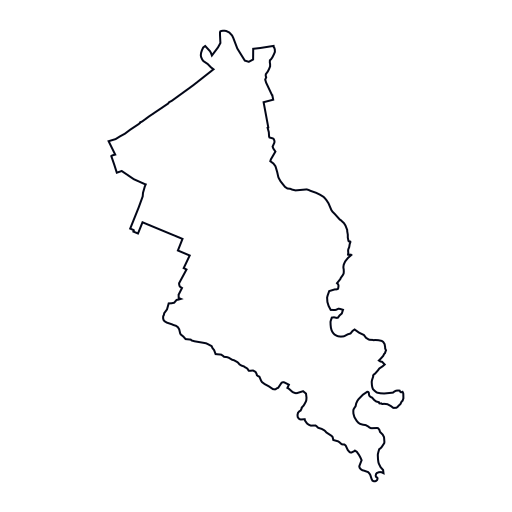 the district of Adjud, Vrancea, Romania
{"feature_id": "2599482B44927055134787", "entity_name": "Adjud", "entity_type": "district", "adm_level": 2, "iso_a3": "ROU", "parent_name": "Romania", "parent_adm1": "Vrancea", "projection": "albers", "projection_center": [27.21, 46.112], "detail": "fine", "context": "isolated", "style": "outline", "palette": "ink", "viewbox_px": 512, "rotation_deg": 0, "n_neighbors": 0, "source": "geoboundaries", "source_scale": "gbopen_adm2", "svg_char_len": 6073}
<svg xmlns="http://www.w3.org/2000/svg" viewBox="0 0 512 512"><path d="M363.9,470.6L368.1,472.1L368.5,472.5L369.6,473.8L370.3,475.0L371.6,479.0L372.5,480.7L373.6,481.2L375.0,481.3L376.1,480.9L377.1,480.0L377.5,478.8L377.5,478.1L377.1,477.5L376.4,477.2L375.9,476.6L375.7,475.6L376.1,473.9L376.9,473.0L378.9,472.2L380.4,472.1L381.4,472.2L383.5,473.2L383.1,470.0L380.6,467.2L378.8,463.6L378.4,462.2L378.0,459.3L377.8,455.0L377.9,454.0L378.4,451.9L379.2,449.2L380.5,448.3L381.7,447.0L384.2,443.2L384.4,442.0L384.1,438.0L384.0,437.1L382.7,434.6L380.0,431.9L379.4,429.9L378.2,428.3L377.2,428.0L371.8,428.2L370.7,428.1L369.3,427.4L368.4,426.6L365.7,425.1L362.9,424.7L360.1,423.9L358.4,422.8L356.7,420.9L354.5,417.3L354.1,416.1L353.4,413.5L353.3,411.0L353.5,409.5L354.3,408.1L355.6,406.2L356.2,403.4L357.4,400.8L358.6,399.1L362.9,394.7L367.2,391.8L367.7,391.8L368.2,392.0L368.6,392.4L368.8,392.9L369.0,394.7L369.3,395.6L369.8,396.3L371.1,397.2L372.1,397.6L374.2,400.0L376.2,401.5L378.9,402.2L379.3,403.3L379.8,403.5L381.4,403.4L382.1,404.0L382.9,404.0L383.9,403.8L387.4,404.2L390.8,406.0L393.3,407.9L396.2,407.8L397.4,407.1L398.6,405.7L400.4,404.1L401.6,401.6L402.6,400.7L403.4,398.3L403.3,393.7L403.1,393.0L402.5,391.8L401.1,392.3L400.3,391.8L399.6,390.6L398.0,390.5L396.1,390.7L394.4,391.5L393.0,392.6L392.2,392.7L384.2,393.5L380.6,393.3L377.4,392.7L376.6,392.4L374.5,390.7L373.0,389.2L372.7,388.5L372.2,386.9L371.9,385.0L371.7,381.9L372.0,380.1L373.2,376.5L373.1,375.7L373.6,374.7L375.1,373.6L378.0,370.3L379.3,368.5L382.6,366.3L384.7,364.5L382.1,361.8L380.4,361.5L378.9,360.5L380.5,358.9L383.2,355.9L384.1,354.0L385.0,353.1L385.3,352.1L386.0,350.3L385.2,348.6L385.1,346.9L384.6,344.1L383.2,341.9L381.7,340.9L378.4,340.2L375.0,340.0L373.7,340.2L372.4,339.9L369.8,339.8L368.7,339.5L366.0,337.8L363.9,335.0L359.1,332.7L354.6,329.5L352.6,330.9L350.5,333.5L347.8,334.3L344.4,336.1L343.4,336.4L340.8,336.6L338.2,336.3L336.6,335.7L334.5,334.5L333.2,333.1L332.2,331.6L331.5,330.0L330.9,327.7L330.6,324.8L330.5,321.8L330.8,320.6L331.8,317.6L334.0,317.3L336.6,317.9L337.9,317.7L339.6,315.4L341.8,313.5L343.0,309.8L339.9,308.9L338.5,308.7L335.8,309.9L334.3,310.0L330.7,309.9L328.6,305.9L327.4,302.0L327.1,297.6L327.6,295.6L329.2,291.1L334.8,289.4L336.4,289.4L337.8,289.0L338.2,288.2L338.5,286.0L338.4,285.1L338.0,284.2L337.0,283.2L340.3,279.1L340.8,277.9L342.8,275.1L343.6,273.6L343.8,271.9L343.7,269.3L343.4,267.8L343.4,266.8L343.7,264.8L344.3,263.3L345.2,261.4L346.6,259.6L348.1,257.8L351.3,255.0L350.9,254.7L348.9,254.7L348.1,254.8L348.0,254.7L348.3,252.8L348.1,250.8L348.3,249.3L349.2,247.1L349.7,244.1L350.4,242.0L350.3,241.6L349.8,241.4L348.7,241.3L348.4,240.6L347.8,237.6L347.8,234.7L347.2,231.1L347.2,230.0L345.5,225.6L344.0,223.2L340.5,219.9L339.9,219.7L334.7,213.9L332.5,211.7L331.4,210.1L328.5,203.3L326.4,200.1L325.1,198.5L323.6,196.9L320.0,194.7L316.1,192.8L310.4,190.8L308.7,190.0L306.7,189.4L295.6,190.4L292.1,189.6L290.3,188.8L287.4,188.5L285.0,186.9L280.6,181.4L278.8,178.2L278.3,177.0L277.2,172.1L275.7,167.0L275.3,166.0L273.4,163.5L270.3,161.2L270.9,159.3L275.4,151.6L273.3,148.5L272.6,146.6L274.3,142.8L274.5,141.9L274.4,140.8L273.8,139.2L273.3,138.7L272.8,138.4L269.5,137.5L269.1,136.6L268.8,132.1L267.6,127.8L268.3,127.5L263.6,102.2L273.2,99.7L272.3,95.2L272.0,95.1L266.1,82.6L265.2,79.6L266.2,77.3L265.7,75.8L265.8,74.2L267.8,71.5L269.1,68.9L270.1,66.4L270.1,64.1L269.8,62.3L269.9,60.3L271.1,59.2L272.4,57.3L273.9,54.3L274.9,51.9L274.8,49.4L274.3,47.8L273.8,47.3L273.6,45.9L260.3,48.0L253.2,48.8L253.1,59.5L248.8,61.8L244.8,60.6L237.3,48.5L233.3,38.0L232.1,35.5L229.3,32.5L226.2,31.0L224.3,30.7L222.2,30.8L220.4,31.3L220.0,32.2L220.0,35.0L220.4,43.0L218.0,47.4L211.9,55.5L210.9,52.8L210.0,51.2L205.2,46.0L203.2,47.5L201.9,50.3L201.1,52.8L200.8,55.2L201.1,57.0L202.2,59.5L203.4,61.1L207.7,64.0L210.9,67.3L213.5,69.3L193.3,85.2L171.8,100.8L169.0,102.3L168.2,103.5L149.2,116.3L142.4,121.3L141.2,122.0L140.4,122.1L140.1,122.4L140.1,122.9L138.5,124.2L130.2,129.7L124.9,133.7L120.1,136.3L115.6,139.1L108.6,141.2L115.2,154.6L112.3,155.4L111.3,156.1L114.3,164.8L116.8,172.7L121.7,171.0L133.8,179.2L144.5,184.0L145.7,184.4L144.8,186.5L143.0,192.8L142.7,196.4L138.7,207.4L130.2,228.6L133.7,230.1L133.8,230.3L133.4,231.6L138.0,233.5L142.5,222.3L182.5,238.9L177.9,250.5L189.7,255.5L183.7,268.1L186.5,269.5L179.1,283.2L179.1,283.6L179.2,284.7L179.6,286.1L180.0,286.7L182.0,288.0L178.6,294.7L178.7,298.0L180.8,298.9L178.1,299.7L176.6,299.9L174.2,302.7L173.9,302.8L171.3,303.3L168.7,303.4L167.0,309.4L164.2,313.2L163.9,314.9L163.2,316.2L163.1,318.1L163.5,319.9L164.5,321.2L166.8,322.6L171.9,324.3L173.4,325.0L176.0,325.8L177.9,327.2L179.2,329.3L180.2,333.5L180.8,334.5L183.4,336.6L185.6,339.1L190.7,339.6L191.7,340.5L194.6,341.3L203.4,342.8L206.1,343.3L207.8,344.1L211.6,346.1L212.5,348.1L214.1,350.1L215.6,354.1L221.1,354.6L223.1,355.9L223.7,356.6L224.7,356.9L226.9,357.1L228.7,357.7L232.2,359.8L233.9,360.2L237.0,361.9L238.1,362.7L239.5,364.4L241.5,365.6L243.9,366.4L245.1,367.3L246.5,368.0L247.5,368.8L248.7,370.7L249.9,370.8L253.0,370.5L254.7,371.4L255.6,372.0L256.5,373.7L256.9,375.2L257.9,376.0L259.4,376.7L261.1,380.7L262.0,382.1L264.7,384.1L268.8,386.3L272.9,389.1L275.0,389.4L275.6,389.2L277.1,388.2L278.2,387.8L281.4,383.0L282.2,382.4L283.5,382.2L284.3,382.4L288.9,384.7L287.4,387.9L288.8,388.7L292.3,391.8L293.1,392.3L295.3,393.1L297.0,393.1L303.1,391.2L306.0,393.6L306.5,397.7L306.3,400.2L305.9,401.5L304.5,404.1L303.6,405.6L301.7,407.6L301.7,408.3L300.6,410.6L299.3,411.3L298.0,412.8L297.5,415.0L297.7,417.0L298.7,418.5L299.7,419.2L300.8,419.5L304.7,419.2L305.0,420.6L306.6,422.9L307.4,423.8L309.1,424.9L310.8,425.6L315.5,425.5L316.4,426.1L318.2,427.8L321.7,428.9L324.2,430.3L325.3,431.2L326.3,432.4L331.6,435.9L332.6,437.0L333.3,440.0L338.0,441.3L339.4,442.2L341.4,444.0L342.2,444.4L344.4,444.5L345.7,445.6L347.8,450.1L349.7,452.2L350.7,452.5L351.5,452.5L354.2,451.2L354.9,450.6L356.8,451.8L359.1,455.1L360.5,457.7L361.6,460.2L359.4,465.9L359.3,466.6L359.7,467.9L360.6,469.0L361.6,469.8L362.6,470.3L363.9,470.6Z" fill="none" stroke="#020617" stroke-width="2"/></svg>